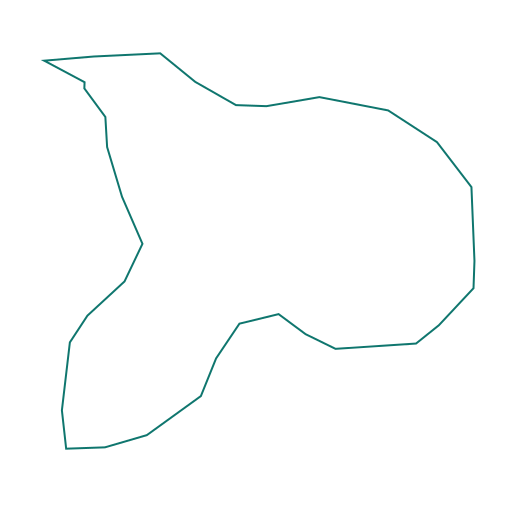 Coyah, Mercator projection, rotated 92°
{"feature_id": "GIN-5631", "entity_name": "Coyah", "entity_type": "Prefecture", "adm_level": 1, "iso_a3": "GIN", "parent_name": "Guinea", "parent_adm1": "", "projection": "mercator", "projection_center": [-13.332, 9.762], "detail": "fine", "context": "isolated", "style": "outline", "palette": "teal", "viewbox_px": 512, "rotation_deg": 92, "n_neighbors": 0, "source": "natural_earth", "source_scale": "10m", "svg_char_len": 559}
<svg xmlns="http://www.w3.org/2000/svg" viewBox="0 0 512 512"><g transform="rotate(92 256 256)"><path d="M94.5,433.4L88.3,433.4L68.2,474.5L62.3,425.2L56.8,358.8L84.1,322.8L105.9,281.3L105.9,250.8L95.0,198.2L105.9,129.0L135.9,79.1L179.6,43.1L253.3,37.5L280.6,37.5L318.8,70.8L337.9,93.0L346.0,173.3L332.4,203.7L313.3,231.4L324.2,270.2L359.7,292.3L397.9,306.2L438.8,358.8L452.5,400.3L455.2,439.0L417.0,444.6L348.8,439.0L321.5,422.4L286.0,386.5L247.8,369.9L201.4,392.0L152.3,408.6L122.3,411.4L94.5,433.4Z" fill="none" stroke="#0f766e" stroke-width="2"/></g></svg>